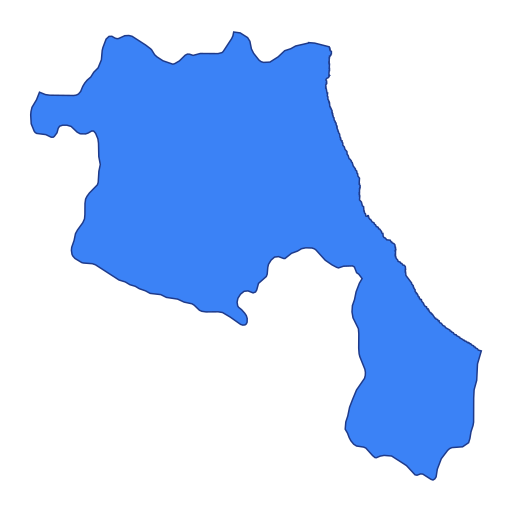 Nagua, María Trinidad Sánchez, Dominican Republic
{"feature_id": "3306468B71596371711370", "entity_name": "Nagua", "entity_type": "district", "adm_level": 2, "iso_a3": "DOM", "parent_name": "Dominican Republic", "parent_adm1": "María Trinidad Sánchez", "projection": "equal_earth", "projection_center": [-69.872, 19.343], "detail": "fine", "context": "isolated", "style": "filled", "palette": "blue", "viewbox_px": 512, "rotation_deg": 0, "n_neighbors": 0, "source": "geoboundaries", "source_scale": "gbopen_adm2", "svg_char_len": 5935}
<svg xmlns="http://www.w3.org/2000/svg" viewBox="0 0 512 512"><path d="M468.6,442.7L469.9,438.5L471.0,431.8L473.0,425.6L473.6,422.2L473.7,398.1L474.1,389.8L476.7,380.3L477.5,363.9L481.3,350.9L478.3,350.1L477.4,348.8L475.5,347.9L475.2,347.1L473.9,346.7L473.6,345.8L471.7,345.0L470.7,343.7L469.8,343.7L469.2,342.9L468.2,342.9L468.2,342.4L466.6,342.0L466.0,341.2L465.0,341.2L464.4,340.3L463.5,340.3L462.8,339.5L459.7,337.8L459.7,337.3L456.5,335.6L456.2,334.8L454.3,334.4L453.3,332.7L451.8,332.2L451.5,331.4L450.2,331.0L449.9,330.1L445.5,327.6L444.8,326.3L442.9,325.5L441.3,323.3L440.1,322.9L439.1,321.6L439.1,320.8L438.2,320.8L437.6,319.5L436.0,319.1L435.7,318.2L435.0,318.2L432.2,314.0L431.5,314.0L430.9,312.7L430.3,312.7L429.0,311.0L429.0,310.2L428.1,309.8L428.1,308.9L427.4,308.9L426.8,308.1L426.5,306.8L425.2,306.4L423.6,304.2L423.6,303.4L421.7,301.3L421.4,299.6L420.5,299.6L420.5,299.2L419.5,298.7L419.2,297.0L418.3,296.6L417.6,294.5L417.0,293.6L416.4,293.6L416.4,292.8L415.1,291.5L415.1,289.8L413.8,288.1L413.8,287.3L413.2,286.8L413.2,285.6L411.6,283.9L411.6,283.0L405.9,275.4L405.6,272.0L405.3,272.0L405.3,269.5L405.6,269.5L405.3,266.5L404.1,265.2L403.1,265.2L401.8,263.5L400.6,263.1L400.3,262.2L398.1,261.4L397.7,260.1L396.2,258.4L395.8,256.7L395.5,256.7L395.5,255.5L395.2,255.5L395.2,254.2L395.5,254.2L395.5,251.6L395.2,251.2L395.5,251.2L395.8,249.5L395.5,249.5L395.5,247.4L395.2,247.4L394.9,244.8L393.9,243.6L392.0,242.7L391.7,241.9L391.1,241.9L390.2,240.2L386.7,239.8L385.4,238.1L384.1,237.6L383.2,236.4L382.9,233.4L382.2,233.4L381.6,232.5L381.6,231.7L379.7,229.1L378.5,228.7L378.5,227.9L377.8,227.0L376.3,226.6L375.6,224.9L374.4,224.1L374.0,222.8L372.1,221.9L370.6,219.4L369.9,219.4L369.0,218.1L368.3,215.6L367.7,215.6L367.4,216.4L365.8,216.0L365.5,213.9L364.6,213.0L364.2,210.9L363.9,210.9L363.6,206.7L362.4,205.8L361.4,202.0L359.5,199.9L359.8,196.1L359.5,196.1L359.5,194.4L359.2,194.4L359.2,192.7L359.5,192.7L359.5,188.8L359.8,188.8L359.8,187.6L360.1,187.6L360.1,185.5L359.2,184.2L359.5,183.8L359.2,183.3L359.5,178.2L357.9,176.1L357.6,173.6L357.0,173.2L356.7,171.0L355.4,169.8L355.4,168.9L353.2,165.9L352.2,162.5L351.3,161.7L351.3,160.9L350.0,159.2L349.1,158.7L348.1,155.3L347.2,154.5L346.9,151.5L345.0,149.4L344.3,146.9L342.8,145.2L342.8,143.0L342.1,142.2L342.1,140.9L341.5,140.9L340.9,140.1L340.9,139.2L340.5,139.2L340.5,137.5L339.9,137.1L339.6,134.1L338.7,132.9L338.3,131.2L338.0,131.2L337.7,129.5L337.1,128.6L337.1,126.9L336.8,126.9L336.8,125.6L336.1,124.8L336.1,123.1L335.2,122.3L335.2,121.4L334.2,120.1L333.9,117.6L333.3,117.2L333.0,115.5L332.7,115.5L332.7,113.8L332.3,113.8L332.3,112.5L332.0,112.5L332.0,110.4L331.1,109.1L331.1,108.3L330.4,107.8L330.4,107.0L329.8,106.6L329.5,102.8L329.2,102.8L329.2,101.9L328.9,101.9L328.6,100.2L327.9,99.4L327.9,96.8L327.3,96.0L327.6,93.0L327.0,93.0L326.3,88.8L325.7,88.3L325.7,87.1L326.0,87.1L325.7,84.9L326.7,83.7L326.7,82.8L326.3,82.8L326.7,81.1L326.0,80.3L326.0,79.4L327.0,78.2L328.2,77.7L328.9,76.9L328.9,76.0L329.2,76.0L329.2,75.2L329.5,75.2L328.9,74.3L329.2,70.5L329.5,70.5L329.5,68.4L329.2,68.4L329.5,64.2L329.2,64.2L329.2,62.9L328.9,62.9L328.9,62.0L329.2,62.0L329.2,57.8L329.5,57.8L329.5,56.1L330.1,56.1L330.8,55.3L330.8,54.4L331.4,54.0L331.4,51.4L330.1,50.6L330.1,49.3L329.8,49.3L329.8,48.0L329.5,48.0L329.2,46.8L314.7,43.1L308.6,42.6L308.6,43.0L295.6,46.0L290.8,48.7L284.7,50.7L278.1,56.9L269.9,62.1L263.4,62.4L261.0,61.6L258.9,60.0L253.6,53.3L251.4,48.9L249.9,41.3L247.6,37.6L240.2,32.9L233.7,32.0L232.9,35.9L231.6,38.7L223.2,51.5L222.0,52.6L218.1,53.6L200.2,53.5L193.1,55.4L189.6,54.2L187.4,54.1L185.2,55.2L179.4,60.9L174.8,63.6L172.9,64.2L163.0,60.8L157.0,56.9L154.6,54.7L151.6,49.8L150.6,48.8L145.6,45.0L132.1,36.3L128.9,35.5L124.8,35.7L118.6,38.5L117.1,38.7L115.0,38.1L111.9,36.3L109.0,36.4L106.1,39.1L102.9,47.6L102.2,50.5L101.4,59.8L98.1,67.9L93.8,72.2L90.8,77.0L87.2,80.1L84.8,83.0L82.8,86.3L80.7,91.4L78.5,94.0L76.3,95.1L73.7,95.5L49.8,95.2L45.5,94.6L39.5,92.2L36.5,99.8L32.0,107.3L31.0,111.5L30.7,114.9L31.2,123.8L34.2,131.2L35.2,132.5L36.6,133.4L45.8,134.6L51.2,137.2L53.2,137.2L54.3,136.4L57.0,132.8L58.2,128.3L59.6,126.2L62.6,125.2L66.9,125.2L71.1,126.4L77.1,132.1L80.2,133.8L85.6,133.9L88.0,133.1L91.7,131.0L93.7,131.1L95.6,133.3L97.9,138.8L98.5,143.2L98.8,156.6L100.3,164.5L98.9,171.2L98.2,182.3L97.4,184.8L89.4,193.0L87.0,196.3L85.6,199.1L85.0,203.4L84.9,214.6L84.5,218.9L82.8,222.7L77.5,230.0L75.5,233.6L74.1,240.4L71.7,247.3L71.4,250.3L72.0,254.3L72.8,256.0L75.0,258.5L81.8,262.6L83.4,263.0L92.4,263.7L95.5,264.8L119.0,280.0L125.2,281.9L129.9,284.7L135.3,286.3L139.3,288.7L145.4,290.8L150.2,293.4L160.8,294.6L166.4,297.4L177.6,299.1L184.1,302.1L192.0,303.8L194.2,305.2L199.4,310.2L201.8,311.3L206.0,311.9L218.2,311.8L222.5,312.5L230.1,317.0L240.6,324.4L242.8,325.1L245.0,324.9L246.3,323.9L247.1,322.2L247.2,318.5L246.3,315.6L244.7,313.2L241.6,309.7L238.6,307.3L237.7,305.9L237.1,302.2L237.9,298.3L240.5,294.2L244.1,291.3L248.0,290.9L253.1,292.9L255.5,292.0L256.7,290.0L258.5,283.4L266.3,276.5L267.2,274.1L267.8,267.3L268.5,264.3L271.1,260.1L274.5,257.1L278.5,256.6L283.7,258.5L285.0,258.5L291.5,253.3L297.5,251.1L301.5,248.7L305.8,247.8L312.0,248.0L314.5,248.9L316.0,250.0L325.2,260.2L331.9,264.8L336.6,267.3L338.5,267.9L343.6,266.2L352.5,265.9L354.4,267.0L356.6,272.7L358.8,274.2L362.1,278.6L359.4,283.2L356.1,291.8L354.5,299.6L352.4,305.6L352.0,311.9L353.0,317.8L358.4,328.7L358.8,333.8L358.7,348.2L359.1,353.7L359.8,356.6L364.9,369.3L365.4,372.3L365.3,375.4L364.5,378.4L356.5,390.0L352.6,399.4L349.6,407.2L347.8,415.9L345.8,422.0L345.2,429.2L347.5,433.1L349.2,437.6L350.9,440.8L353.7,444.2L356.5,446.0L363.7,447.1L365.9,448.1L372.6,455.6L375.0,457.6L376.4,457.7L380.2,456.1L384.1,455.4L391.6,456.0L406.5,465.6L415.0,474.8L417.0,475.2L420.6,473.9L422.8,474.1L431.1,479.4L433.0,480.0L434.8,478.9L436.1,476.9L437.3,469.2L441.3,458.7L447.6,450.4L449.6,448.6L451.9,447.6L462.6,446.8L468.6,442.7Z" fill="#3b82f6" stroke="#1e3a8a" stroke-width="1.5"/></svg>